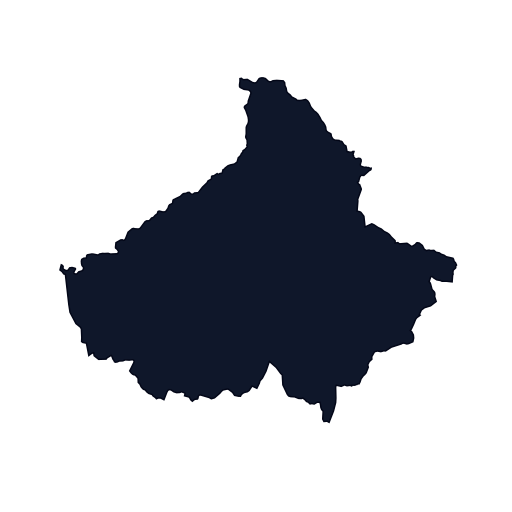 outline of Dak Song, Đắk Nông, Vietnam, rotated 79°
{"feature_id": "81297802B66581332316021", "entity_name": "Dak Song", "entity_type": "district", "adm_level": 2, "iso_a3": "VNM", "parent_name": "Vietnam", "parent_adm1": "Đắk Nông", "projection": "orthographic", "projection_center": [107.617, 12.233], "detail": "fine", "context": "isolated", "style": "filled", "palette": "ink", "viewbox_px": 512, "rotation_deg": 79, "n_neighbors": 0, "source": "geoboundaries", "source_scale": "gbopen_adm2", "svg_char_len": 6090}
<svg xmlns="http://www.w3.org/2000/svg" viewBox="0 0 512 512"><g transform="rotate(79 256 256)"><path d="M431.4,220.9L431.7,217.8L433.2,216.0L422.9,209.5L415.1,205.8L410.7,204.7L399.7,202.8L398.1,201.9L400.2,197.2L399.4,193.7L400.7,191.5L400.9,188.3L401.8,186.9L401.1,186.5L401.7,183.5L401.3,182.7L401.4,181.4L400.8,180.6L401.2,179.3L399.6,178.0L396.6,176.3L393.8,173.3L393.3,172.2L391.7,170.2L386.6,167.0L384.1,167.1L381.3,165.0L379.5,162.0L376.9,161.6L372.8,158.1L372.6,157.6L372.4,155.0L373.7,151.7L373.4,148.7L373.9,146.9L371.3,140.6L370.0,129.9L369.6,129.2L369.7,127.4L371.1,124.8L371.1,122.9L370.1,118.4L366.6,116.9L363.5,116.6L359.9,117.7L358.5,118.8L357.4,117.5L353.0,114.3L348.7,111.5L347.4,110.2L345.4,106.2L344.7,106.9L340.6,104.0L338.9,100.5L338.2,94.1L335.0,87.8L330.0,88.4L327.7,87.7L326.3,87.6L325.4,87.8L322.4,89.6L316.6,90.0L315.3,90.3L314.3,91.0L310.3,88.8L309.6,88.1L309.9,86.8L311.3,85.9L313.9,83.1L315.2,79.7L316.3,78.2L317.2,73.6L318.8,68.4L312.5,66.7L311.5,66.0L309.9,65.9L308.0,65.3L307.4,64.9L305.9,62.4L305.0,62.0L304.0,62.0L303.2,60.9L300.6,61.5L299.2,62.5L296.9,62.7L295.8,63.1L293.0,69.4L291.1,71.2L289.6,73.8L287.9,75.5L286.6,78.6L284.4,80.3L284.0,83.5L283.2,85.0L283.1,87.9L281.4,89.6L277.4,90.7L274.4,93.3L273.7,95.2L273.8,95.9L275.1,97.5L276.4,101.0L276.0,101.8L272.6,105.0L272.3,105.5L271.5,112.5L271.2,113.1L269.9,114.2L269.9,117.0L268.2,116.6L267.4,116.6L263.1,119.6L260.4,121.0L258.5,122.7L256.3,125.6L253.4,127.9L251.3,130.8L247.9,134.2L246.5,136.2L248.3,143.4L237.6,142.5L233.2,144.7L232.4,145.6L231.2,148.2L221.4,145.5L219.8,145.4L210.8,140.0L210.0,139.9L205.6,140.7L205.5,141.5L202.9,142.3L202.5,141.1L198.5,139.2L197.2,137.9L196.9,137.1L197.5,134.8L193.8,128.6L193.4,127.1L192.6,126.4L191.8,126.2L191.8,127.1L190.6,128.7L190.4,129.9L189.8,131.0L189.6,132.8L187.7,136.1L186.1,136.2L182.9,134.6L181.2,134.5L180.1,135.3L179.6,136.7L179.8,139.7L177.3,141.3L176.1,141.1L175.1,141.5L172.1,139.9L171.8,140.9L172.3,142.1L172.3,142.8L171.9,144.4L171.4,145.2L171.2,146.4L170.9,146.7L165.2,146.7L163.5,148.5L160.3,149.7L159.6,150.5L159.1,151.9L158.4,152.4L157.3,156.6L155.6,158.3L153.0,159.2L150.7,159.1L150.2,159.3L148.3,161.7L146.7,163.0L145.5,163.2L142.7,163.0L140.4,163.5L138.0,164.4L135.4,166.0L132.3,166.8L128.6,168.2L126.4,169.6L124.9,171.1L121.2,173.2L119.6,173.9L116.0,174.6L113.5,175.7L111.8,177.4L111.9,181.6L111.6,184.0L110.9,186.2L109.7,186.8L106.7,190.6L104.6,191.6L102.0,193.8L100.4,194.5L97.0,194.4L94.2,195.1L91.3,194.8L89.3,195.8L87.6,202.1L87.2,205.9L87.8,208.0L87.7,209.2L86.8,210.6L83.6,212.9L82.5,215.0L82.2,216.5L82.2,218.0L82.5,219.1L85.3,221.9L85.9,223.0L85.9,224.4L85.0,226.4L81.0,230.8L80.6,234.3L80.1,235.4L78.8,236.4L78.8,237.5L78.8,237.9L81.5,238.4L84.7,239.5L86.3,239.8L87.4,239.5L90.1,236.0L91.5,231.8L92.1,231.0L93.6,230.0L95.1,229.8L102.4,234.0L104.5,234.6L105.2,235.2L106.7,238.4L107.5,239.0L108.1,239.1L111.0,238.2L117.9,237.2L120.4,237.3L122.3,237.6L124.4,238.5L126.8,240.5L128.1,241.1L134.3,242.3L137.2,243.4L138.6,243.2L140.2,242.6L144.1,243.1L145.5,243.9L147.0,243.6L149.3,246.5L150.1,248.6L151.5,249.2L152.7,250.8L153.7,251.4L155.1,252.8L156.1,254.6L160.1,256.6L161.6,259.6L161.7,263.9L162.1,266.3L163.8,269.6L164.0,269.6L164.7,270.6L165.0,271.9L167.7,273.2L168.3,273.8L168.1,275.4L168.6,277.2L168.6,277.7L167.7,278.4L169.2,282.0L169.1,283.9L169.7,284.5L171.4,284.9L172.1,285.5L173.1,288.7L174.8,290.1L178.2,295.4L182.8,300.6L182.4,304.4L183.2,305.6L183.2,307.0L182.9,307.8L180.8,309.4L180.6,310.7L181.1,312.7L180.9,315.1L181.2,316.1L183.1,319.0L185.0,326.3L185.4,326.8L188.2,327.8L188.6,328.5L189.2,331.0L190.1,332.0L192.4,333.3L195.3,336.4L195.0,339.0L193.5,342.2L193.5,343.4L194.0,344.0L195.6,344.7L196.9,347.3L198.5,349.3L198.8,351.3L200.8,353.7L201.0,354.7L200.6,356.8L201.2,358.4L206.7,364.4L207.1,366.2L206.1,370.0L205.6,370.8L205.6,372.3L208.2,377.0L214.2,380.8L215.4,382.1L215.4,382.9L214.6,384.2L214.4,385.7L216.2,390.9L220.4,392.2L221.4,392.3L223.0,391.0L224.8,390.2L225.7,390.2L226.6,390.7L227.3,391.9L226.3,398.6L225.2,400.6L224.7,404.1L224.2,406.1L224.2,409.3L224.8,410.2L224.8,411.2L223.0,415.6L222.7,417.0L222.7,421.4L223.5,422.2L225.6,422.8L225.3,425.5L226.1,427.7L227.7,428.4L230.2,428.7L232.2,428.6L233.7,427.7L234.3,427.6L235.1,427.6L236.6,428.4L237.4,429.7L237.7,433.0L239.5,435.4L238.9,437.5L238.1,438.1L237.1,437.9L236.0,437.1L234.4,435.7L233.8,435.7L233.5,436.0L232.2,438.8L232.1,441.2L234.1,443.2L234.2,444.7L233.9,445.5L232.2,447.6L231.2,447.8L229.3,447.3L228.1,448.0L227.5,448.8L232.3,451.1L234.3,449.3L236.9,448.1L237.7,446.6L268.0,449.0L275.8,449.3L288.0,445.6L292.3,442.0L294.2,441.3L302.9,442.6L306.7,443.5L307.8,442.5L309.2,439.1L321.8,439.1L320.7,437.0L320.0,435.0L320.0,433.8L323.0,433.9L327.4,430.2L328.6,422.8L327.5,421.6L325.9,417.1L326.9,416.6L329.9,416.1L331.6,415.3L332.8,415.1L333.4,414.3L333.5,412.5L333.0,410.2L333.5,406.7L333.0,404.2L334.0,400.3L334.2,397.1L335.0,395.9L336.0,395.7L337.4,396.3L344.7,401.9L346.9,400.8L348.4,399.7L349.3,398.5L349.8,397.2L353.1,395.3L353.8,395.1L357.6,395.7L359.8,394.3L362.5,393.7L364.6,392.5L365.4,391.8L366.4,390.2L368.4,389.2L370.4,387.5L372.2,384.3L373.6,383.8L375.8,381.7L377.1,381.0L376.7,379.1L377.2,376.7L379.5,373.8L372.8,369.6L371.4,368.5L370.5,367.1L371.2,364.9L373.6,362.6L375.0,360.0L375.4,356.9L375.0,355.0L376.9,352.0L377.9,352.0L379.6,352.8L381.6,348.7L383.5,347.7L384.5,347.6L386.4,346.2L385.0,343.6L385.2,340.7L384.3,340.0L382.7,339.5L381.7,338.3L381.9,336.8L386.0,328.9L387.6,327.1L387.3,323.8L383.8,317.7L382.1,315.6L381.2,313.9L381.1,309.8L381.5,308.5L385.4,305.0L388.7,303.6L390.2,300.1L390.7,298.0L389.5,297.1L388.3,295.4L387.7,293.3L387.6,290.4L386.7,288.4L382.9,284.7L386.0,280.4L381.6,277.1L379.3,275.9L377.1,273.0L371.0,268.2L362.0,263.0L369.2,257.4L376.1,254.1L377.7,252.9L387.7,254.2L397.9,251.6L399.5,250.7L399.9,250.3L400.7,248.6L401.6,245.0L403.9,241.4L404.6,238.5L404.3,237.2L406.6,235.2L408.4,234.2L409.5,232.5L411.5,231.2L411.5,229.3L412.4,227.1L411.2,223.9L411.8,221.2L414.0,221.0L417.2,221.2L419.3,220.8L421.2,219.7L428.8,221.6L431.4,220.9Z" fill="#0f172a" stroke="#020617" stroke-width="1.5"/></g></svg>